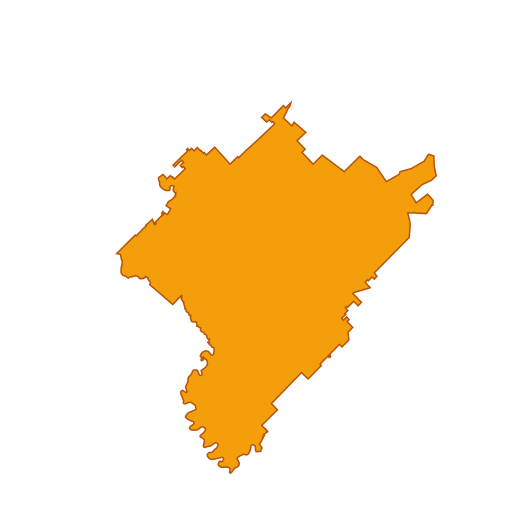 outline of González, Tamaulipas, Mexico, rotated 38°
{"feature_id": "50627088B9709578345149", "entity_name": "González", "entity_type": "district", "adm_level": 2, "iso_a3": "MEX", "parent_name": "Mexico", "parent_adm1": "Tamaulipas", "projection": "robinson", "projection_center": [-98.554, 22.79], "detail": "fine", "context": "isolated", "style": "filled", "palette": "amber", "viewbox_px": 512, "rotation_deg": 38, "n_neighbors": 0, "source": "geoboundaries", "source_scale": "gbopen_adm2", "svg_char_len": 6150}
<svg xmlns="http://www.w3.org/2000/svg" viewBox="0 0 512 512"><g transform="rotate(38 256 256)"><path d="M380.9,265.1L375.5,259.2L376.2,252.7L368.2,251.6L368.6,249.0L365.0,248.1L364.3,252.7L361.9,252.2L362.7,246.7L361.4,246.7L361.9,242.5L358.3,241.9L358.5,239.8L359.8,240.0L360.9,231.5L367.1,232.4L367.6,227.6L355.3,225.9L355.4,224.9L365.5,210.7L358.1,209.5L358.5,206.2L359.8,206.3L360.3,201.2L363.5,201.4L363.8,197.6L359.6,196.4L365.3,147.0L358.1,136.2L355.4,133.6L349.1,128.7L353.0,125.5L364.2,117.7L363.3,107.3L364.0,107.0L361.2,103.1L353.2,101.6L349.5,115.5L340.4,112.1L342.8,97.8L347.7,88.1L348.6,81.8L341.5,75.9L334.5,67.7L329.3,69.6L330.1,77.9L324.6,91.4L317.6,100.9L318.6,103.4L312.9,117.2L296.6,111.9L280.6,114.1L276.4,113.3L273.6,135.2L246.1,135.7L244.5,148.4L228.4,146.0L229.0,141.6L217.3,139.9L219.1,127.9L203.6,127.2L204.2,131.4L192.6,130.3L191.5,124.2L190.7,121.4L190.3,116.6L189.1,113.7L188.2,121.1L185.0,120.6L183.0,137.8L175.8,138.3L175.1,143.4L181.9,143.9L182.7,140.4L186.2,141.0L186.4,139.8L189.4,140.2L185.8,163.9L183.2,179.0L181.9,189.2L180.4,189.0L179.8,193.5L180.0,193.6L179.6,194.1L179.7,194.3L179.0,199.7L170.2,198.0L156.4,195.7L154.8,206.9L151.5,206.4L151.4,207.4L147.7,206.8L147.7,207.4L143.0,206.6L142.5,211.3L138.9,210.8L138.5,213.7L135.9,213.4L135.8,214.9L137.5,215.2L134.7,235.5L137.1,235.9L138.4,226.4L141.2,226.9L140.6,231.3L143.5,231.8L143.7,230.3L146.5,230.7L144.5,245.4L141.7,245.0L141.6,245.8L138.9,245.4L138.3,250.0L133.0,249.0L132.3,249.2L132.1,249.4L132.2,250.3L131.2,253.2L131.1,254.1L131.4,254.9L132.0,255.7L134.5,257.1L135.8,258.7L136.9,259.6L138.2,260.2L142.4,260.5L145.3,259.5L147.2,257.9L147.4,257.5L147.3,256.7L146.8,255.8L145.4,254.3L145.4,253.7L146.3,252.4L148.0,251.7L148.8,251.8L149.2,253.3L150.3,255.3L152.7,256.0L153.3,255.8L153.7,255.3L154.4,257.0L155.4,257.4L155.4,258.2L155.0,258.7L155.5,259.4L155.1,260.9L155.2,262.6L153.5,267.0L154.2,271.7L159.7,271.3L160.6,277.9L157.1,278.4L155.2,278.3L155.6,280.7L157.4,279.9L157.6,281.3L156.9,281.7L155.8,291.8L157.4,292.0L156.9,293.4L156.7,293.7L151.7,290.9L150.3,299.5L150.8,299.4L150.9,300.1L150.2,304.3L149.2,313.8L147.9,313.8L144.7,339.9L147.5,338.4L148.5,338.4L152.3,341.8L153.6,342.1L155.7,345.2L156.2,345.4L156.3,346.6L156.6,347.8L160.0,352.3L163.0,353.2L165.8,352.1L168.7,352.1L169.0,352.0L169.5,350.0L170.6,349.4L171.2,348.1L171.6,348.1L172.2,347.0L173.1,346.3L173.3,345.3L176.1,344.9L176.3,344.7L177.1,345.1L177.3,344.9L178.0,345.4L179.1,345.1L180.1,344.2L180.1,343.7L180.9,343.2L180.8,342.6L181.3,342.5L181.2,342.1L181.7,341.7L181.9,340.8L181.5,340.2L183.0,339.9L183.8,339.4L184.3,340.2L187.0,341.3L187.7,341.2L189.3,341.9L189.8,344.0L220.3,345.5L220.9,339.0L220.7,337.5L221.1,337.5L221.5,333.2L222.1,333.0L223.4,334.6L223.0,335.1L224.1,336.3L225.4,336.3L226.0,336.7L226.8,336.8L227.4,337.4L227.6,337.2L229.8,339.1L231.6,340.1L232.0,341.2L232.7,341.5L233.6,341.3L234.4,341.7L235.3,342.7L236.1,342.7L236.7,342.5L236.9,342.2L238.9,342.9L239.5,343.7L241.3,343.0L241.7,344.1L242.2,344.3L242.9,345.7L245.4,347.2L246.9,346.7L247.8,345.9L249.6,344.9L250.3,345.2L252.2,346.9L252.6,347.8L254.2,346.8L255.2,347.3L256.7,346.7L257.8,348.6L258.6,349.0L261.3,348.8L261.8,348.4L263.4,349.3L265.3,348.8L266.6,349.3L267.0,350.1L269.2,351.0L270.3,350.0L270.9,350.4L271.0,351.6L271.8,352.4L271.7,352.9L271.1,353.4L271.2,353.9L271.8,353.9L273.2,353.3L273.5,353.6L273.0,354.0L273.7,354.5L275.2,354.1L277.1,355.0L279.2,354.2L280.7,355.6L282.4,358.3L283.0,359.9L282.7,361.1L281.8,361.6L277.5,360.5L275.3,361.2L274.6,361.8L273.4,363.9L273.0,365.8L273.3,368.6L274.4,369.5L275.7,369.2L276.2,368.8L276.5,368.1L277.2,368.0L277.3,368.3L277.1,368.9L276.2,370.9L277.0,372.0L277.6,372.0L278.3,371.1L277.9,369.5L278.4,368.6L280.5,368.2L281.2,368.3L282.0,368.8L283.9,370.5L284.5,371.5L284.8,374.7L283.3,380.1L286.3,382.3L286.4,382.8L286.1,384.1L285.1,384.7L284.4,384.5L280.2,382.1L278.5,383.0L277.4,383.9L276.9,385.0L276.9,385.7L277.8,389.0L277.6,391.6L277.4,393.2L277.5,393.6L279.6,396.9L280.5,399.6L280.9,402.2L281.3,402.7L284.9,405.3L285.2,405.8L285.2,406.6L284.8,406.8L281.5,407.0L280.9,407.1L280.5,407.5L280.2,408.6L281.0,410.5L288.2,414.6L288.8,416.0L289.3,416.5L290.3,416.7L291.2,416.3L292.0,414.6L293.5,412.4L294.8,411.4L299.1,411.1L300.3,411.3L302.6,413.1L303.0,413.8L302.9,414.4L299.5,420.6L299.0,421.9L299.1,424.8L299.5,425.9L299.6,425.7L300.6,426.5L301.7,426.7L305.8,426.1L308.3,425.2L309.1,425.2L309.9,425.8L310.3,426.8L310.2,427.7L309.4,429.7L309.2,430.9L309.2,432.0L309.8,432.7L310.6,433.0L311.5,433.0L313.2,432.3L314.9,431.0L316.5,429.4L317.3,427.7L318.0,424.9L318.9,423.5L321.1,423.0L322.5,423.3L323.2,423.9L323.6,426.9L322.7,431.7L322.8,432.4L323.0,432.7L323.6,432.8L326.8,432.3L328.5,432.7L330.0,434.9L330.9,437.2L331.6,438.2L332.3,438.7L333.0,438.7L333.7,438.3L334.2,437.2L336.4,434.6L337.5,432.8L338.8,428.7L339.4,427.9L340.7,427.3L341.6,427.6L342.3,428.3L342.9,429.2L343.2,432.0L342.4,434.3L342.4,437.2L342.0,438.0L340.2,439.8L339.7,441.4L339.8,442.2L340.4,443.1L341.1,443.7L343.3,444.3L345.6,444.0L347.4,442.8L352.4,436.4L353.2,435.6L354.3,435.2L355.2,435.6L355.7,436.3L356.0,437.6L356.1,438.6L355.9,439.1L355.5,439.4L354.3,439.5L353.9,440.1L353.7,441.0L354.2,442.9L354.7,443.6L355.5,444.0L356.7,444.2L357.8,444.1L359.2,443.5L363.1,440.2L364.2,439.5L365.4,439.3L366.4,439.6L367.1,440.3L367.9,442.1L368.4,442.8L369.0,443.0L369.5,442.9L370.0,441.8L369.8,439.9L369.9,436.5L371.2,433.5L371.5,432.0L371.1,430.8L370.4,429.7L369.7,429.1L366.2,427.5L365.7,427.0L365.5,426.3L366.6,423.0L368.1,420.0L371.1,418.5L371.6,417.5L371.8,416.5L371.1,412.4L369.2,409.3L368.8,408.2L369.1,407.2L369.8,406.6L371.0,406.3L372.1,406.3L373.0,406.7L375.1,409.2L376.2,410.0L377.3,409.6L380.0,407.0L379.4,406.1L378.9,404.3L379.0,403.6L378.5,403.6L378.0,403.1L376.4,402.8L374.7,401.9L373.6,394.7L372.8,394.8L372.4,392.6L373.9,392.3L372.0,391.8L373.4,387.2L370.0,386.4L370.0,386.7L364.8,385.9L367.6,364.0L359.0,362.9L363.6,319.8L372.8,320.9L374.9,302.1L373.0,301.8L374.4,289.8L375.2,290.7L375.3,289.1L375.6,289.5L375.8,289.2L376.7,290.2L376.8,289.7L376.0,288.8L375.7,289.1L374.6,287.9L376.2,274.3L379.7,274.8L380.9,265.1Z" fill="#f59e0b" stroke="#b45309" stroke-width="1.5"/></g></svg>